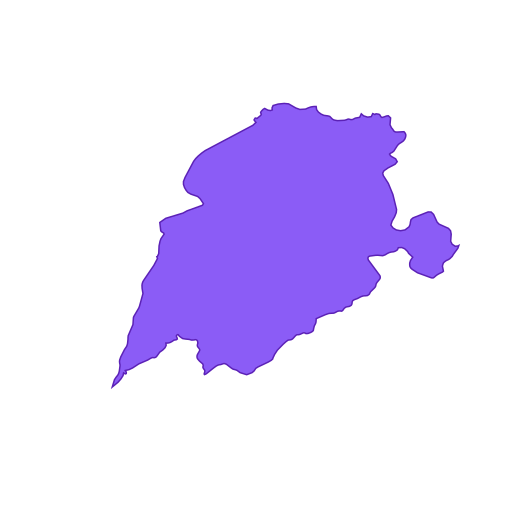 the border of Denguélé, rotated 56°
{"feature_id": "CIV-3437", "entity_name": "Denguélé", "entity_type": "Region", "adm_level": 1, "iso_a3": "CIV", "parent_name": "Ivory Coast", "parent_adm1": "", "projection": "equal_earth", "projection_center": [-7.217, 9.491], "detail": "fine", "context": "isolated", "style": "filled", "palette": "violet", "viewbox_px": 512, "rotation_deg": 56, "n_neighbors": 0, "source": "natural_earth", "source_scale": "10m", "svg_char_len": 5195}
<svg xmlns="http://www.w3.org/2000/svg" viewBox="0 0 512 512"><g transform="rotate(56 256 256)"><path d="M142.5,181.6L141.9,181.3L141.2,179.5L141.7,178.8L142.4,178.5L142.6,178.1L142.4,177.0L142.1,173.5L141.5,172.4L140.7,172.1L139.9,172.1L139.4,171.7L138.8,170.0L138.4,168.0L138.5,166.3L141.7,164.6L143.5,162.7L144.0,160.8L142.2,159.9L140.8,157.7L142.4,152.7L145.3,147.3L148.1,143.9L155.6,140.2L159.0,137.7L161.9,132.8L162.4,129.9L163.1,127.2L164.2,124.8L165.7,122.5L168.5,123.9L171.6,123.8L174.7,122.7L177.3,121.1L180.1,118.0L181.5,116.8L185.3,116.1L186.7,115.4L188.0,114.2L189.4,112.7L193.0,106.7L193.5,105.2L194.0,103.0L195.0,101.9L196.1,101.0L196.9,99.4L197.2,96.6L199.0,92.5L197.0,89.2L200.0,88.4L203.3,85.8L204.9,82.5L203.2,79.6L204.5,78.7L205.2,78.3L205.2,77.0L207.2,74.8L208.5,74.4L210.3,74.6L211.6,74.1L212.3,72.0L212.9,69.5L213.7,67.9L216.8,67.2L222.1,71.5L225.5,72.0L227.0,71.8L229.7,71.8L231.0,71.2L232.1,69.8L235.7,63.8L237.8,63.6L239.5,64.1L240.9,65.3L242.2,67.1L243.0,69.4L243.1,71.7L243.0,73.8L243.1,75.5L243.7,77.5L246.1,83.0L246.3,85.2L246.0,87.1L246.2,88.3L248.1,88.4L249.5,87.9L253.5,85.9L256.8,86.2L257.7,89.3L256.8,97.4L256.9,102.2L258.1,104.6L260.6,105.5L269.8,105.7L281.5,108.1L296.1,113.5L298.5,115.5L301.0,119.2L303.2,123.7L305.8,126.9L309.4,126.7L312.9,125.1L315.9,122.0L317.7,117.9L317.4,112.8L316.0,110.6L314.1,108.9L312.5,107.1L312.2,104.5L315.7,88.7L317.5,86.2L320.8,85.5L329.1,86.9L332.0,86.4L340.7,81.0L343.9,80.6L347.1,82.0L352.7,86.4L355.9,86.8L359.3,85.4L360.6,83.0L360.7,82.0L362.5,84.4L365.0,91.4L366.0,93.5L366.6,96.7L366.6,98.3L366.2,100.8L366.2,102.0L366.3,103.3L366.6,104.6L367.9,106.3L368.8,107.2L373.4,109.1L373.6,110.3L373.0,114.6L372.9,117.1L373.3,120.5L373.2,121.5L372.7,122.2L372.2,122.8L360.2,131.5L354.3,134.0L352.7,134.4L351.7,134.4L350.6,134.2L349.4,133.6L347.8,132.5L346.1,130.4L344.6,126.7L339.1,128.0L337.1,127.8L333.1,128.7L330.5,130.4L328.7,133.4L329.9,135.2L330.0,136.2L329.9,137.7L329.5,139.4L328.2,142.0L327.6,143.9L327.3,146.4L327.3,148.0L326.9,149.7L326.6,150.8L323.4,154.7L322.3,156.5L319.7,161.7L319.5,162.6L319.6,163.5L320.3,164.4L321.2,164.8L322.1,165.1L340.9,164.3L341.8,164.3L342.6,164.6L343.4,165.1L344.0,165.7L344.5,166.8L345.6,170.6L346.2,171.8L346.9,172.7L347.5,173.2L348.0,173.8L348.5,174.8L348.8,176.0L349.7,181.0L350.1,181.8L351.0,183.4L351.1,184.4L351.1,185.7L350.2,187.5L349.5,188.6L348.9,189.9L348.4,191.9L348.0,195.7L347.2,198.9L347.1,200.7L347.7,201.8L349.1,203.0L349.7,203.7L350.1,204.6L350.1,205.7L349.9,207.0L349.1,208.7L348.6,210.1L348.7,212.0L349.1,213.2L349.5,214.1L349.7,215.0L349.6,215.9L348.6,217.0L347.9,218.1L347.4,219.5L347.2,221.8L346.9,223.4L344.7,227.1L344.3,228.0L343.4,231.4L341.6,241.1L344.3,243.2L345.3,244.4L346.6,246.8L348.6,249.0L349.5,249.8L349.9,250.3L350.1,251.6L350.0,253.3L349.4,255.9L348.8,257.2L348.1,258.1L347.4,258.4L346.7,258.9L346.2,259.7L346.0,260.8L345.6,263.1L345.3,264.2L344.9,265.0L344.5,265.6L344.1,266.3L344.1,267.1L344.3,268.4L344.9,270.7L345.2,272.2L345.0,273.8L343.7,276.4L343.8,279.0L344.3,282.7L346.0,290.9L348.2,296.1L348.7,296.7L349.1,297.5L350.1,299.1L350.7,299.7L351.0,301.7L350.8,305.0L349.1,316.3L349.0,319.0L350.2,321.8L350.4,323.4L350.5,324.5L349.2,330.1L343.8,334.4L340.2,335.7L338.9,336.6L337.0,338.3L335.2,339.1L329.4,341.0L327.8,342.0L327.0,343.2L326.7,344.4L326.3,345.9L325.4,347.8L325.1,349.3L325.0,350.6L325.1,353.5L325.8,362.5L325.8,363.7L325.5,365.0L325.0,365.0L324.4,364.6L323.4,363.3L322.7,362.7L321.7,362.4L320.1,362.5L318.9,362.4L318.1,361.9L317.6,361.2L316.7,360.8L315.7,360.5L311.6,361.6L309.1,361.9L308.2,361.9L307.4,361.7L306.6,361.3L305.9,360.8L305.3,360.2L304.8,359.4L303.2,356.2L302.7,355.4L302.1,355.0L301.2,354.9L298.6,355.1L297.8,354.9L297.1,354.5L296.6,354.0L296.2,353.6L296.1,353.3L295.7,353.0L294.9,352.5L293.6,352.0L292.7,352.1L291.9,352.5L291.5,353.0L291.2,353.5L291.0,354.3L289.6,356.5L287.8,358.0L285.4,360.9L283.4,363.0L279.7,364.4L277.7,364.5L277.4,364.9L277.3,365.8L277.6,366.6L278.3,367.0L279.4,367.1L280.8,367.6L280.9,368.8L279.9,371.1L279.9,373.8L279.6,375.9L278.9,377.7L277.8,379.4L279.9,380.5L281.2,382.8L281.8,385.9L281.9,389.6L282.3,390.7L283.6,394.2L283.9,395.7L283.5,397.1L282.2,398.8L281.9,400.5L281.7,403.9L279.9,413.5L279.8,420.9L279.2,424.8L277.8,428.4L279.8,428.5L280.9,429.3L280.7,430.3L278.9,431.2L280.8,433.1L282.4,436.8L283.5,440.9L284.2,448.4L279.4,442.5L278.2,439.6L277.6,437.6L277.2,436.6L276.4,435.3L275.0,433.7L271.3,430.4L270.2,429.6L268.7,429.0L267.2,428.2L266.0,427.2L264.0,424.5L260.0,417.3L258.6,413.8L257.8,412.7L256.8,411.5L253.6,408.8L251.9,407.6L250.6,406.5L244.1,396.4L238.7,392.2L238.2,391.7L237.7,390.9L233.6,382.3L232.5,380.7L223.9,370.7L219.3,368.6L216.5,366.9L215.3,365.8L214.2,364.4L213.3,362.6L206.7,346.0L203.0,339.1L201.2,338.6L201.4,338.3L199.6,335.3L193.4,330.7L190.1,327.3L188.5,325.1L186.5,320.0L185.3,319.7L183.8,320.5L181.9,320.9L174.4,317.0L174.3,309.7L179.6,292.5L180.0,287.9L184.0,272.0L183.2,270.3L177.1,270.3L174.0,271.1L168.3,275.4L165.3,276.9L162.6,277.2L159.3,277.0L156.1,276.1L153.7,274.5L151.2,270.9L142.6,254.7L141.5,251.5L140.8,248.0L140.3,243.4L140.2,239.1L140.4,237.2L145.9,185.5L145.2,181.3L142.5,181.6Z" fill="#8b5cf6" stroke="#5b21b6" stroke-width="1.5"/></g></svg>